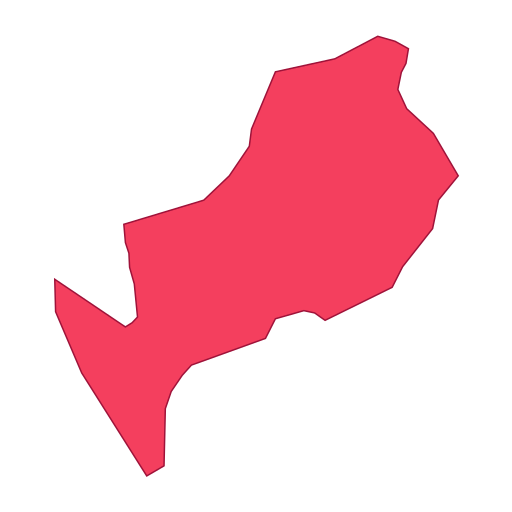 outline of Kozje, rotated 91°
{"feature_id": "SVN-957", "entity_name": "Kozje", "entity_type": "Municipality", "adm_level": 1, "iso_a3": "SVN", "parent_name": "Slovenia", "parent_adm1": "", "projection": "natural_earth1", "projection_center": [15.563, 46.062], "detail": "fine", "context": "isolated", "style": "filled", "palette": "rose", "viewbox_px": 512, "rotation_deg": 91, "n_neighbors": 0, "source": "natural_earth", "source_scale": "10m", "svg_char_len": 661}
<svg xmlns="http://www.w3.org/2000/svg" viewBox="0 0 512 512"><g transform="rotate(91 256 256)"><path d="M87.0,117.1L106.1,107.9L130.3,80.8L172.3,55.2L196.8,74.5L225.5,79.9L264.1,109.2L284.9,119.3L319.1,185.8L311.9,196.4L309.8,207.2L318.4,235.5L338.2,245.1L366.2,318.7L376.6,327.7L392.9,338.4L410.2,344.0L467.4,344.3L477.8,361.4L376.0,428.2L315.2,455.4L282.8,456.8L329.2,385.4L324.9,378.7L319.1,373.4L286.0,377.2L269.5,382.2L255.5,383.1L244.9,386.8L226.6,388.7L201.1,309.2L176.3,284.1L146.4,264.6L129.2,262.7L71.5,239.8L57.5,180.7L34.2,138.1L38.9,120.7L46.1,107.2L60.8,109.4L69.8,113.9L87.0,117.1Z" fill="#f43f5e" stroke="#9f1239" stroke-width="1.5"/></g></svg>